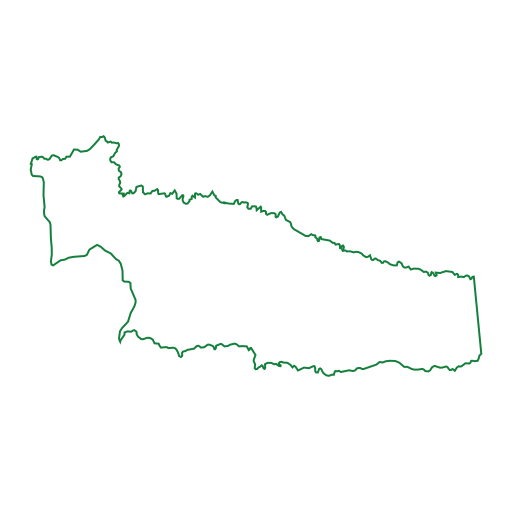 Alcalá, Valle del Cauca, Colombia
{"feature_id": "7082276B36252942932690", "entity_name": "Alcalá", "entity_type": "district", "adm_level": 2, "iso_a3": "COL", "parent_name": "Colombia", "parent_adm1": "Valle del Cauca", "projection": "natural_earth1", "projection_center": [-75.779, 4.685], "detail": "fine", "context": "isolated", "style": "outline", "palette": "green", "viewbox_px": 512, "rotation_deg": 0, "n_neighbors": 0, "source": "geoboundaries", "source_scale": "gbopen_adm2", "svg_char_len": 6066}
<svg xmlns="http://www.w3.org/2000/svg" viewBox="0 0 512 512"><path d="M473.8,276.6L472.4,276.9L471.4,278.8L470.4,279.2L469.1,276.5L467.4,275.5L466.1,275.6L463.8,277.1L461.2,276.6L458.2,277.1L458.1,274.8L457.4,274.0L456.6,273.9L454.8,274.9L452.4,272.0L446.0,271.1L440.1,273.0L435.8,272.6L436.7,275.1L435.5,276.1L434.6,275.8L433.1,273.0L431.7,272.1L431.2,272.8L430.9,274.9L429.6,275.7L428.7,275.2L427.7,272.6L425.9,271.6L423.8,272.0L420.9,269.8L418.7,268.8L413.8,268.6L410.8,269.5L408.6,266.6L405.9,267.6L404.4,267.5L402.8,266.3L401.7,263.5L399.1,261.6L397.6,262.3L396.8,265.4L393.5,265.4L389.9,264.2L388.1,262.6L385.3,261.2L384.0,261.4L383.0,262.8L381.8,262.9L380.2,260.8L378.0,260.2L375.6,258.5L374.8,258.6L373.0,260.1L372.2,260.0L371.3,259.3L370.0,255.3L368.1,256.7L366.2,257.2L363.1,255.3L361.7,253.6L358.5,252.1L356.0,251.8L353.6,252.3L350.2,251.3L346.9,251.4L345.2,250.4L342.7,250.9L342.3,249.8L343.5,248.7L343.9,246.9L343.0,245.5L342.2,245.8L340.9,248.3L340.1,248.2L339.8,245.2L339.0,244.0L335.5,244.6L334.5,242.9L332.8,242.9L329.8,240.6L321.5,239.1L320.7,237.1L319.5,237.5L319.1,240.8L318.0,241.2L317.4,240.3L317.3,238.9L315.3,237.2L315.5,236.0L315.0,235.3L313.0,235.2L311.2,234.2L308.5,236.1L305.7,236.0L293.8,229.1L291.7,226.8L290.7,223.0L290.0,222.0L285.9,219.9L284.2,215.6L282.5,214.4L281.1,211.9L279.8,212.5L277.8,216.6L276.2,217.4L275.6,216.8L275.7,214.3L274.3,213.2L271.0,213.1L267.2,214.8L266.0,213.8L265.9,211.8L265.2,211.0L263.3,210.9L261.2,211.7L261.1,207.4L260.7,206.7L256.7,210.2L256.4,207.6L255.8,206.4L252.2,206.3L250.6,208.8L248.4,208.7L247.3,207.3L248.0,203.9L247.6,202.9L245.8,202.3L244.0,202.6L242.5,202.0L241.5,202.4L240.0,204.1L238.9,204.2L238.3,203.5L237.6,200.0L236.6,200.0L235.1,201.1L233.8,203.9L228.2,203.5L224.5,202.5L224.6,203.2L220.4,202.2L215.7,197.4L215.7,195.8L214.3,195.4L212.4,191.6L209.9,195.3L207.8,196.8L205.0,196.1L203.2,196.8L200.2,194.0L198.2,194.7L196.4,193.4L195.4,193.3L195.0,194.0L195.0,197.5L192.5,195.7L191.7,196.7L191.7,198.9L189.6,199.7L189.5,201.0L187.6,203.5L185.9,203.8L183.7,202.6L182.7,200.5L182.6,199.0L183.4,196.3L183.2,195.3L182.3,195.2L179.2,198.7L177.7,198.9L176.7,198.3L176.5,193.6L174.7,190.4L172.2,193.8L170.4,193.1L169.1,195.7L166.5,196.8L165.9,196.4L165.2,194.0L164.6,193.3L158.6,194.1L158.2,193.4L157.9,189.8L157.2,189.1L154.4,190.9L152.4,190.9L150.6,193.5L147.8,193.3L145.1,194.3L143.0,192.3L142.8,186.5L141.3,185.5L136.5,186.9L135.5,191.3L133.5,193.3L132.3,193.3L130.8,190.7L130.1,190.5L129.6,191.0L129.4,193.3L127.4,192.9L123.9,196.4L123.3,196.5L122.7,195.1L123.8,194.3L123.8,193.6L119.4,193.4L119.0,192.9L119.1,192.0L121.6,189.6L121.5,188.8L119.2,186.3L119.2,185.0L120.2,182.8L119.9,181.1L118.7,178.9L118.7,177.6L120.6,176.3L121.5,174.3L120.9,172.1L119.1,170.9L118.7,169.9L118.7,168.3L119.6,167.4L119.8,166.5L119.2,165.5L116.0,164.3L114.1,162.3L111.4,162.2L110.2,160.1L110.2,158.8L110.9,157.3L113.3,156.3L115.3,152.7L116.9,151.4L116.7,149.9L118.9,146.1L118.9,144.2L118.1,143.0L116.8,143.3L113.8,142.5L111.9,142.7L110.7,141.6L107.7,142.5L107.0,141.5L105.7,140.8L104.7,137.4L103.6,136.2L102.1,137.1L100.3,136.9L98.7,139.6L94.3,144.5L89.9,149.1L87.0,150.9L80.7,151.7L77.6,149.7L74.0,149.5L69.9,156.7L66.5,156.7L65.1,158.8L62.9,159.0L61.3,160.3L60.1,160.2L59.3,158.2L58.2,157.2L53.7,155.2L51.8,155.6L49.5,159.1L47.9,159.8L46.0,158.8L44.3,158.7L43.0,157.2L41.7,156.7L38.9,157.1L38.0,159.1L37.4,159.4L36.7,159.0L36.4,156.7L35.7,156.7L32.6,158.4L30.8,163.9L31.8,164.2L30.7,169.6L31.7,174.6L33.1,176.0L40.1,176.4L42.0,177.1L42.9,178.4L43.8,182.3L43.5,195.2L44.6,207.0L44.0,210.8L44.2,214.6L44.8,216.4L49.8,222.2L50.5,224.9L50.9,238.6L51.7,247.4L51.8,254.7L50.9,261.3L51.5,264.6L53.1,265.4L60.6,260.3L64.9,259.6L68.7,257.7L73.8,256.8L84.6,256.0L87.0,254.7L89.0,250.4L89.9,249.3L97.1,244.9L100.8,246.8L105.1,250.6L110.8,253.5L115.9,259.0L118.9,260.8L120.8,263.9L122.5,270.6L122.7,280.4L124.3,281.6L128.8,281.8L130.4,283.0L130.7,288.5L135.6,299.9L135.6,302.4L134.4,306.3L130.7,313.0L128.0,321.7L122.1,328.0L120.0,331.3L119.1,337.8L119.3,339.9L120.2,341.8L120.6,340.3L124.4,334.9L124.6,332.4L127.6,331.4L131.3,331.7L133.4,330.3L134.4,330.2L136.5,331.8L136.7,334.3L138.1,336.7L140.9,338.9L142.8,339.3L147.2,337.8L149.9,337.9L152.8,339.6L154.5,343.3L158.7,343.7L159.4,345.5L161.0,347.6L166.1,347.1L167.4,347.4L168.2,348.1L173.0,347.7L175.0,348.2L176.3,349.4L177.8,352.0L179.2,356.1L180.9,357.0L182.2,355.8L182.1,352.8L182.8,351.7L185.7,350.9L187.3,349.9L194.2,348.6L196.9,345.9L198.6,345.8L201.1,347.6L204.2,347.2L207.7,344.7L209.2,344.6L212.8,346.0L213.7,347.1L214.3,349.0L215.0,349.3L215.7,348.5L216.2,345.7L220.6,343.9L221.6,344.1L224.5,346.4L228.1,345.9L230.0,344.7L234.8,343.6L236.7,344.4L239.1,346.4L242.1,346.1L246.8,346.4L248.8,350.2L249.5,349.7L250.3,348.0L251.1,348.0L255.5,355.0L253.8,359.6L253.7,361.1L255.1,364.3L254.7,368.1L255.7,369.2L257.1,369.0L258.6,367.4L260.0,366.8L261.8,365.3L262.4,365.6L263.6,368.4L264.5,368.9L265.2,367.9L265.0,364.2L267.5,362.9L271.3,362.9L274.3,364.3L275.9,363.8L279.0,366.0L280.5,366.2L280.7,365.5L279.2,364.2L278.8,363.1L279.9,362.1L281.4,361.8L283.7,362.6L287.4,362.8L290.6,365.0L292.5,367.4L294.1,365.8L295.6,366.8L298.0,370.5L304.0,367.6L309.0,368.2L313.4,366.1L314.5,366.2L315.2,368.2L315.2,371.1L315.9,372.3L317.8,372.5L319.1,369.0L320.1,368.4L321.3,369.2L322.9,372.5L324.4,374.0L326.5,375.4L329.1,375.8L331.8,374.7L333.8,374.8L334.8,371.6L335.5,371.0L337.2,371.3L338.8,370.8L341.0,372.0L349.1,370.3L352.8,371.0L354.1,370.8L355.3,370.2L356.9,368.4L358.8,368.0L360.2,368.0L362.2,369.0L363.6,369.0L376.4,364.6L379.6,362.0L382.6,362.5L385.7,361.3L389.7,360.8L395.3,361.0L399.5,362.8L404.2,366.9L407.5,366.9L411.5,368.9L414.0,369.6L418.1,369.6L422.3,368.9L423.9,369.6L425.3,371.1L428.4,371.4L430.1,370.3L432.2,367.1L434.6,365.9L440.0,367.7L442.1,367.6L446.2,366.5L447.3,367.0L449.7,370.0L450.8,370.0L452.6,369.0L454.8,370.8L456.9,367.5L458.8,366.2L459.8,366.6L461.4,366.3L465.4,363.3L469.4,363.5L470.4,362.7L471.1,361.0L471.9,360.7L474.6,361.2L477.6,360.8L478.5,359.0L479.5,355.5L481.3,353.8L473.8,276.6Z" fill="none" stroke="#15803d" stroke-width="2"/></svg>